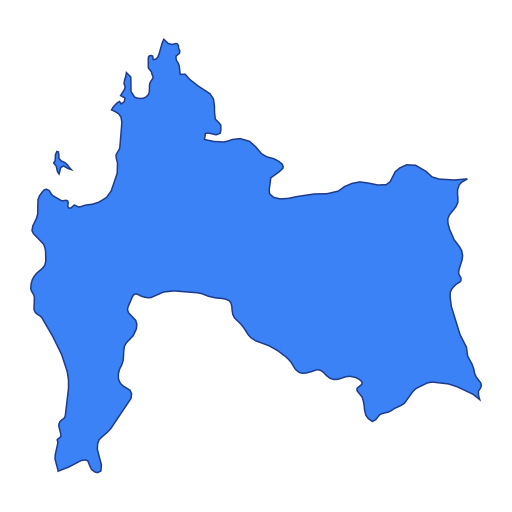 Bío-Bío, Mercator projection
{"feature_id": "CHL-2702", "entity_name": "Bío-Bío", "entity_type": "Region", "adm_level": 1, "iso_a3": "CHL", "parent_name": "Chile", "parent_adm1": "", "projection": "mercator", "projection_center": [-72.611, -37.461], "detail": "fine", "context": "isolated", "style": "filled", "palette": "blue", "viewbox_px": 512, "rotation_deg": 0, "n_neighbors": 0, "source": "natural_earth", "source_scale": "10m", "svg_char_len": 4751}
<svg xmlns="http://www.w3.org/2000/svg" viewBox="0 0 512 512"><path d="M467.4,178.9L461.4,182.4L459.0,185.2L457.6,189.7L457.5,194.2L457.9,198.3L457.8,202.4L455.9,206.8L449.3,215.1L447.8,218.8L448.0,223.6L449.7,229.6L454.1,239.7L459.5,246.8L461.7,250.7L462.6,255.6L462.1,259.8L459.5,267.9L458.6,272.0L458.9,274.3L461.0,278.1L460.9,280.6L460.0,281.9L456.0,284.4L453.4,287.0L451.5,289.4L450.3,292.4L450.1,296.8L451.3,306.4L460.0,334.5L466.4,347.1L467.7,356.2L472.1,364.3L473.7,368.8L474.6,373.3L476.1,376.8L480.7,382.9L481.1,384.1L481.3,385.3L481.1,386.5L480.7,387.7L478.4,391.3L478.5,395.2L479.7,399.6L474.4,395.3L472.5,394.0L457.2,386.8L448.4,383.9L432.5,382.1L429.8,382.4L427.0,383.1L416.9,388.0L414.5,389.8L412.4,392.1L404.4,403.3L401.0,405.5L394.4,408.5L391.5,410.5L388.4,412.1L381.9,413.6L379.5,414.9L375.7,419.7L372.3,421.5L368.2,418.5L365.9,415.3L364.6,410.4L364.1,405.2L363.3,401.0L362.2,397.2L357.1,390.8L356.9,389.0L357.3,388.0L360.2,385.7L361.8,384.3L362.1,382.9L361.3,381.1L359.0,379.2L355.4,377.4L350.0,376.3L345.9,376.7L338.0,379.3L333.8,379.5L330.0,378.3L326.3,375.4L323.4,372.3L320.6,370.4L317.7,369.7L315.6,370.1L311.6,371.6L305.7,373.1L302.2,373.2L299.4,372.5L297.2,370.9L295.2,369.0L290.9,362.0L288.3,359.1L285.5,356.5L277.6,350.6L268.7,345.6L255.9,340.9L251.0,337.8L248.2,334.7L243.5,327.4L240.9,324.2L234.5,317.9L232.8,314.5L232.1,310.2L231.8,306.4L231.0,303.2L229.4,300.8L226.2,299.3L222.4,298.5L215.7,297.9L208.5,296.3L201.9,293.7L197.7,292.8L174.0,290.9L163.6,292.0L150.9,297.6L147.7,297.7L143.9,297.0L140.8,296.0L138.2,294.6L136.0,293.9L134.3,294.3L132.5,296.5L128.0,307.0L127.5,309.8L128.6,312.9L135.7,320.3L136.8,324.1L136.4,328.8L133.2,335.7L126.4,342.8L124.4,346.2L123.7,351.4L123.5,356.3L123.1,360.7L121.7,364.9L119.5,369.3L118.3,374.3L118.5,379.2L120.3,383.2L123.1,386.0L130.0,390.2L131.6,393.7L131.0,398.4L110.7,428.7L107.1,432.5L101.6,437.2L99.1,439.8L97.6,443.9L97.3,449.1L101.4,464.9L100.9,471.0L97.4,472.7L94.9,472.0L91.5,469.4L90.0,466.4L87.8,460.8L85.1,459.9L81.0,460.6L68.6,467.1L58.3,471.1L58.1,471.2L58.1,470.7L55.0,458.9L55.3,454.3L57.6,444.2L57.9,441.9L57.1,439.9L58.1,438.7L59.7,437.7L60.8,436.6L60.9,434.5L58.8,426.0L58.9,424.0L60.2,421.3L61.4,420.2L63.1,419.0L64.7,417.5L65.3,415.5L68.5,388.5L68.5,379.9L67.2,371.5L61.7,354.7L52.6,336.2L41.8,317.6L40.2,316.0L36.8,313.9L35.4,312.5L34.3,310.5L34.0,309.2L34.4,297.2L33.8,295.0L31.3,290.6L30.7,288.5L31.2,283.5L32.4,279.5L34.3,276.2L36.6,273.3L42.3,268.4L44.8,265.3L45.8,261.0L45.6,251.6L44.9,247.7L43.6,244.2L33.4,233.6L32.0,230.5L32.8,225.9L36.5,218.3L37.7,213.8L38.0,199.6L39.5,195.8L42.1,192.2L44.2,189.9L46.4,189.2L49.2,190.6L51.2,193.8L52.7,195.6L54.4,196.5L55.1,197.0L61.9,200.9L66.0,200.3L67.6,200.8L68.2,202.5L67.9,204.6L67.8,206.6L68.9,208.1L70.9,208.0L74.3,205.0L78.5,207.0L81.0,206.6L85.5,205.1L92.5,204.2L98.8,202.2L106.5,197.5L111.2,190.9L117.2,173.2L117.5,162.8L116.5,159.3L116.2,157.4L116.0,155.2L116.5,154.0L119.5,148.8L119.9,146.6L121.9,122.2L120.9,116.9L118.5,113.7L115.2,111.6L111.5,109.9L112.9,107.5L114.9,105.1L117.2,102.9L119.5,101.5L121.2,103.9L124.2,101.8L125.1,98.0L120.6,95.6L124.4,89.5L125.2,86.9L124.0,83.7L124.6,80.0L125.8,76.2L126.4,72.6L130.8,77.0L131.0,91.5L134.5,97.0L137.1,98.1L140.3,98.5L143.4,98.2L146.0,97.0L148.3,94.7L149.3,92.1L149.5,84.9L149.9,83.3L150.6,81.6L151.6,80.1L152.4,79.1L153.1,77.5L152.8,76.1L152.2,74.8L151.3,71.7L148.8,68.6L148.3,67.6L148.3,58.3L148.6,56.7L149.5,55.8L151.2,55.5L152.7,56.1L152.9,57.6L152.9,59.1L153.5,59.7L156.0,59.0L157.7,57.2L158.9,54.5L162.2,42.9L163.8,39.3L168.4,43.6L172.4,44.5L175.3,43.6L176.9,43.6L177.8,44.5L178.5,46.0L178.5,48.2L179.8,50.8L179.5,53.3L178.1,54.4L176.1,56.1L176.0,57.8L176.4,60.4L178.1,63.0L179.2,65.6L180.2,74.4L185.1,74.2L189.6,79.3L193.7,82.5L198.0,85.9L203.2,89.3L210.1,93.8L213.5,99.2L214.4,105.7L214.6,113.0L215.3,119.1L218.8,122.6L220.8,125.1L220.9,130.2L220.1,133.3L216.1,134.8L211.1,133.6L208.0,133.0L205.4,133.4L205.1,135.9L204.4,139.4L207.6,140.2L214.2,141.5L223.8,142.0L228.4,140.9L232.2,139.5L240.2,138.6L249.5,141.3L255.8,146.9L261.4,153.6L266.6,156.8L273.8,158.7L278.6,161.2L282.1,164.1L283.2,166.6L282.9,168.3L278.8,172.1L270.8,177.8L269.2,189.7L269.6,193.8L273.7,197.4L280.1,198.9L288.2,198.4L297.3,196.5L314.2,194.0L327.2,193.7L338.3,191.1L344.6,186.5L352.1,183.4L359.8,181.9L368.5,183.1L377.9,185.0L386.2,184.7L390.3,181.5L395.2,171.7L400.0,167.8L406.6,164.8L415.7,165.3L426.2,171.5L432.0,176.9L439.2,179.1L446.4,179.5L454.0,180.0L467.4,178.9ZM55.4,154.9L56.8,151.5L58.4,151.9L58.9,154.9L58.9,158.4L61.2,160.9L64.8,162.5L67.4,164.8L69.2,167.3L71.3,169.6L68.5,168.7L66.2,167.5L63.5,165.9L60.5,167.8L59.6,172.1L59.1,174.0L57.5,171.7L56.1,165.9L53.6,162.9L55.0,161.1L55.4,157.2L55.4,154.9Z" fill="#3b82f6" stroke="#1e3a8a" stroke-width="1.5"/></svg>